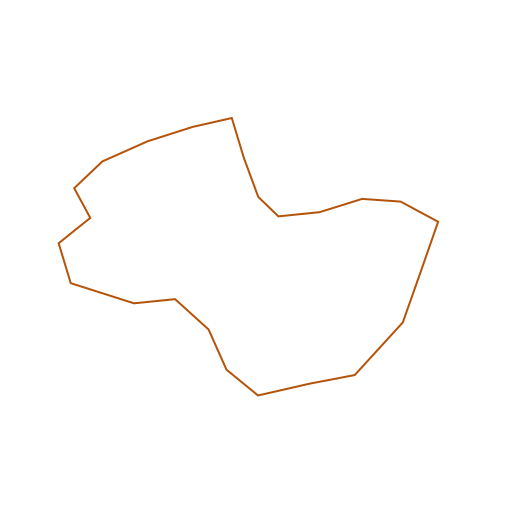 the district of Osan-si, Gyeonggi, South Korea, rotated 156°
{"feature_id": "91817680B96375859106804", "entity_name": "Osan-si", "entity_type": "district", "adm_level": 2, "iso_a3": "KOR", "parent_name": "South Korea", "parent_adm1": "Gyeonggi", "projection": "natural_earth1", "projection_center": [127.056, 37.158], "detail": "fine", "context": "isolated", "style": "outline", "palette": "amber", "viewbox_px": 512, "rotation_deg": 156, "n_neighbors": 0, "source": "geoboundaries", "source_scale": "gbopen_adm2", "svg_char_len": 477}
<svg xmlns="http://www.w3.org/2000/svg" viewBox="0 0 512 512"><g transform="rotate(156 256 256)"><path d="M431.1,347.9L436.3,306.5L386.7,262.4L347.5,249.5L329.2,208.1L329.2,164.1L310.9,127.8L258.6,117.5L214.2,107.1L148.9,135.6L109.7,177.0L75.7,213.2L101.8,246.9L135.8,265.0L180.2,270.2L219.4,283.1L229.9,309.0L227.2,350.5L222.0,391.9L261.2,399.7L308.3,404.9L357.9,404.9L394.5,391.9L391.9,358.2L410.0,353.5L431.1,347.9Z" fill="none" stroke="#b45309" stroke-width="2"/></g></svg>